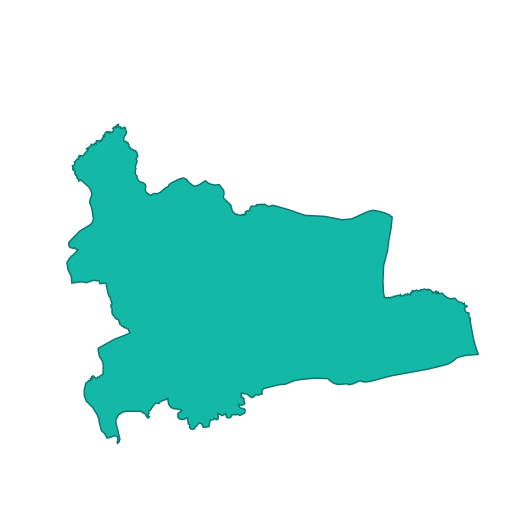 Chaloem Phra Kiat, Buri Ram, Thailand (Mercator projection), rotated 78°
{"feature_id": "78962969B72418392549656", "entity_name": "Chaloem Phra Kiat", "entity_type": "district", "adm_level": 2, "iso_a3": "THA", "parent_name": "Thailand", "parent_adm1": "Buri Ram", "projection": "mercator", "projection_center": [102.88, 14.577], "detail": "fine", "context": "isolated", "style": "filled", "palette": "teal", "viewbox_px": 512, "rotation_deg": 78, "n_neighbors": 0, "source": "geoboundaries", "source_scale": "gbopen_adm2", "svg_char_len": 6104}
<svg xmlns="http://www.w3.org/2000/svg" viewBox="0 0 512 512"><g transform="rotate(78 256 256)"><path d="M398.4,59.1L387.9,60.3L381.2,60.5L364.9,60.1L361.4,59.2L359.7,60.5L356.1,59.5L354.6,62.5L350.8,63.0L350.0,62.7L349.3,60.0L348.6,60.1L347.8,61.9L345.5,62.1L346.0,63.1L343.9,64.9L343.2,67.2L342.0,68.3L338.8,70.0L338.4,71.2L338.5,74.3L337.2,76.7L334.1,79.8L331.0,81.7L331.0,84.6L329.2,85.3L330.5,86.4L330.4,87.1L328.5,86.7L327.8,87.0L327.9,87.7L328.9,87.9L328.6,88.6L329.0,89.7L328.1,90.2L328.6,91.1L327.2,91.3L325.5,92.5L325.0,93.2L325.3,94.4L324.2,94.7L324.5,96.2L323.3,98.3L323.7,100.7L323.2,101.6L324.0,103.1L323.7,104.8L322.8,105.9L323.2,108.6L322.3,109.9L322.6,110.4L323.6,110.2L323.5,111.2L324.2,112.3L325.9,112.8L326.3,113.3L325.1,114.1L325.1,115.2L324.4,115.6L325.5,116.4L324.3,118.2L325.3,119.8L325.2,122.4L323.7,122.7L324.2,123.5L324.1,127.2L324.5,128.1L324.0,130.0L324.8,130.5L324.4,132.5L325.3,133.5L324.1,134.6L324.5,135.8L323.7,137.2L323.7,138.9L318.9,139.0L307.7,137.2L292.3,133.3L277.8,126.1L271.6,124.1L256.5,118.0L246.4,114.7L243.3,117.4L240.6,121.1L237.8,126.6L235.7,131.9L235.7,136.9L239.6,154.6L238.4,165.1L237.4,166.5L231.5,180.7L226.4,199.7L217.2,215.0L210.2,228.3L209.8,229.8L210.3,233.3L206.9,237.3L207.6,238.3L206.4,239.9L206.7,242.1L206.1,242.7L206.0,245.0L206.9,245.1L207.2,245.7L206.3,250.0L207.2,250.6L207.1,251.1L210.2,253.0L210.4,253.7L210.0,255.5L210.7,257.3L211.9,257.6L212.8,257.3L213.6,258.7L213.5,259.2L212.8,259.1L213.0,260.8L212.4,261.2L213.1,262.6L212.1,265.0L211.2,265.7L211.1,267.2L206.9,269.9L201.1,270.0L192.7,275.7L191.1,275.6L188.8,274.4L185.2,274.0L178.7,277.0L178.2,278.2L178.4,280.5L176.3,285.6L174.5,287.8L171.8,289.8L174.6,297.0L175.1,300.7L174.7,302.5L170.1,306.3L167.0,307.8L164.6,310.5L164.7,314.7L167.2,324.4L168.1,326.2L169.7,327.3L170.5,330.2L174.1,336.9L174.5,339.5L173.6,343.3L174.9,346.4L171.7,349.5L169.7,350.5L168.4,350.6L164.6,349.3L162.8,349.5L160.9,351.2L159.0,354.7L155.1,356.1L152.8,355.8L151.2,356.9L150.2,357.0L146.8,356.1L145.8,355.2L144.5,355.5L142.8,355.1L138.9,352.6L135.6,353.0L133.6,350.7L131.6,351.2L130.7,350.9L127.8,352.0L127.4,353.7L126.6,354.0L124.6,356.7L123.7,356.5L122.9,357.3L121.3,357.7L120.8,357.2L118.4,357.9L118.3,358.9L117.4,359.0L116.6,359.8L116.4,361.4L114.4,361.3L113.1,360.6L110.8,359.2L109.1,357.3L107.4,356.8L104.9,357.7L104.1,357.0L102.7,357.7L103.3,360.7L102.7,361.9L101.8,361.4L100.8,363.6L99.0,363.2L99.3,363.8L98.8,364.3L99.9,365.4L100.5,365.1L101.3,365.6L100.3,366.7L101.1,367.0L100.5,368.1L101.4,369.5L102.2,369.1L103.8,369.4L105.4,371.2L104.2,373.0L105.2,373.2L105.2,373.7L104.0,374.1L104.4,375.2L103.3,375.7L104.1,377.9L105.7,378.4L106.1,379.6L107.4,379.4L107.0,380.6L108.3,380.5L108.8,381.8L110.2,382.0L110.4,383.5L111.5,383.5L111.6,384.3L110.5,385.2L110.7,386.7L110.0,387.8L110.9,388.6L113.1,389.1L112.4,389.8L112.3,390.8L113.4,391.1L113.8,391.7L112.4,393.9L114.4,395.1L115.9,399.5L116.5,399.2L116.3,398.1L117.1,398.1L118.4,399.3L118.5,400.2L122.2,404.4L121.5,405.6L121.7,406.8L121.0,407.2L121.0,407.8L122.6,409.3L124.2,409.2L124.2,411.0L125.6,412.6L126.2,414.1L127.9,413.9L129.7,415.1L129.4,416.0L129.8,416.9L130.9,416.5L132.1,417.1L133.6,417.1L133.3,416.0L134.6,416.3L135.7,415.3L137.2,416.0L138.9,415.9L139.2,415.2L139.6,415.4L140.9,414.5L142.5,415.0L143.7,413.9L145.9,413.7L145.4,412.0L145.6,411.2L154.3,404.8L158.8,403.7L160.9,403.6L162.8,404.3L167.2,407.0L169.7,407.6L172.5,407.0L176.9,406.8L186.0,407.3L189.2,409.2L190.8,411.2L194.9,423.0L203.7,436.3L207.3,436.9L209.1,436.0L210.6,432.9L210.3,431.2L211.8,430.7L212.9,429.0L215.5,432.4L219.0,438.4L223.2,442.4L230.3,442.7L237.8,440.9L244.2,441.8L244.9,431.9L246.9,427.3L245.9,420.5L247.7,414.7L250.8,414.2L250.8,411.1L251.7,408.4L261.4,408.5L264.9,408.2L266.1,406.9L267.3,407.4L272.3,406.8L273.6,407.1L273.7,408.2L276.2,408.3L277.1,407.8L282.2,408.7L283.3,408.4L288.3,406.0L289.8,403.7L294.5,403.3L294.8,402.5L296.5,401.9L297.3,400.6L298.3,400.0L298.9,399.3L298.5,399.0L300.3,397.4L300.8,396.1L302.7,396.0L304.9,395.2L305.3,395.6L308.1,412.1L313.4,429.4L314.5,429.9L321.4,430.1L326.8,428.2L329.2,428.0L332.1,428.3L339.7,430.2L341.3,434.2L342.2,434.8L341.5,436.2L342.2,436.7L342.5,438.1L339.4,440.1L339.9,441.8L340.2,442.0L341.2,441.3L341.4,443.0L342.4,441.8L342.1,443.3L343.2,443.5L343.0,445.5L344.5,447.3L344.6,448.6L351.3,451.9L356.8,452.9L362.6,452.2L370.2,447.2L378.0,444.4L382.7,443.6L386.8,443.9L394.9,443.4L398.4,440.8L403.1,439.5L403.1,436.2L402.4,431.7L403.3,429.7L405.6,429.1L407.2,429.3L409.7,430.6L410.5,430.4L409.3,428.6L406.7,427.2L389.1,427.7L386.6,426.8L382.6,423.2L381.0,418.7L380.9,415.4L384.1,400.5L385.6,399.6L387.5,396.9L389.7,396.7L392.1,395.2L391.2,393.6L389.7,394.8L387.7,393.5L385.5,393.1L384.9,391.5L379.9,386.3L379.1,384.2L380.0,382.3L379.9,381.2L378.8,380.2L378.3,379.0L377.6,373.8L377.0,373.2L377.0,372.0L382.9,372.3L386.7,370.5L388.2,368.2L389.9,363.4L391.3,360.8L391.8,360.7L392.4,361.5L392.9,363.6L394.0,365.2L397.3,365.9L399.9,364.2L400.4,363.1L400.7,359.2L399.8,357.2L399.9,356.5L406.2,357.2L407.2,355.9L407.9,355.8L409.9,356.7L411.4,356.0L412.4,354.2L412.2,351.8L410.8,351.4L410.3,350.0L407.4,346.3L408.8,344.0L412.7,343.2L413.2,337.6L407.8,335.3L407.1,333.8L407.2,332.2L406.1,330.6L408.0,329.0L407.6,327.0L405.6,326.3L402.4,326.2L403.6,323.8L405.1,322.5L404.2,318.4L407.7,318.3L408.8,315.8L408.5,314.3L406.2,312.3L407.3,307.8L407.1,306.2L408.1,305.6L408.6,304.7L407.1,299.5L404.0,298.6L403.0,299.4L401.5,302.7L400.1,303.7L399.2,303.5L397.8,304.1L397.5,303.7L398.8,301.9L399.0,300.1L398.4,298.2L397.8,297.6L395.0,297.9L393.3,297.4L392.9,298.0L391.6,298.0L391.0,299.7L390.1,300.2L389.4,299.0L387.8,299.2L387.1,298.8L389.1,293.7L393.7,289.7L393.2,287.2L391.4,285.1L392.8,282.4L392.1,281.1L392.2,278.5L390.5,278.7L387.9,277.3L387.2,275.3L386.7,260.1L387.5,253.9L385.9,244.9L386.1,237.5L387.7,224.2L390.8,211.4L395.8,207.4L397.7,204.6L398.8,202.1L399.9,193.3L401.2,192.2L401.2,187.0L399.8,181.5L399.8,179.9L401.3,177.5L402.1,174.6L402.4,169.6L401.3,149.1L402.4,110.0L401.9,95.2L401.5,89.8L399.2,83.8L398.0,82.3L397.1,79.0L396.8,71.9L398.4,59.1Z" fill="#14b8a6" stroke="#0f766e" stroke-width="1.5"/></g></svg>